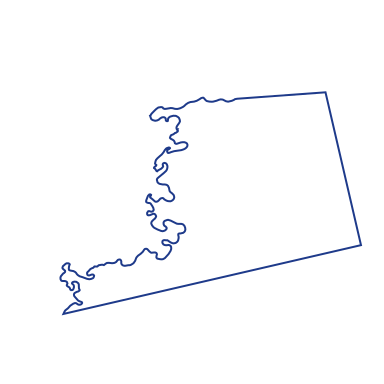 outline of La Pedrera, Amazonas, Colombia, rotated 257°
{"feature_id": "7082276B17674180496874", "entity_name": "La Pedrera", "entity_type": "district", "adm_level": 2, "iso_a3": "COL", "parent_name": "Colombia", "parent_adm1": "Amazonas", "projection": "natural_earth1", "projection_center": [-69.992, -1.195], "detail": "fine", "context": "isolated", "style": "outline", "palette": "blue", "viewbox_px": 384, "rotation_deg": 257, "n_neighbors": 0, "source": "geoboundaries", "source_scale": "gbopen_adm2", "svg_char_len": 6034}
<svg xmlns="http://www.w3.org/2000/svg" viewBox="0 0 384 384"><g transform="rotate(257 192 192)"><path d="M259.1,344.5L272.7,257.0L272.8,254.8L272.3,253.5L271.9,251.3L271.9,247.5L272.8,245.5L275.0,242.9L275.3,242.3L275.8,240.7L275.8,239.1L275.4,236.5L275.3,232.9L275.5,231.6L276.2,229.2L277.3,226.9L278.3,226.0L280.6,224.8L281.3,224.3L281.5,223.3L281.4,222.0L280.7,220.2L279.8,217.1L279.6,214.4L280.0,210.6L279.7,208.3L278.8,205.9L277.5,203.7L276.9,202.2L276.3,199.6L276.2,198.1L276.2,196.4L276.5,195.3L276.9,194.0L278.0,192.0L278.6,190.2L278.9,185.2L279.1,184.1L279.8,182.9L281.1,182.3L281.7,181.0L281.9,178.2L281.0,176.0L279.9,174.1L277.8,170.8L276.9,169.6L275.7,168.7L275.7,168.3L272.6,168.6L271.9,168.9L270.9,169.9L269.7,172.1L269.6,173.5L269.6,174.3L270.0,176.1L270.6,176.9L271.4,179.1L271.4,180.5L271.2,181.3L270.9,182.0L270.0,182.7L269.5,182.9L267.5,182.6L266.8,183.2L266.6,183.7L266.6,184.3L266.8,184.5L268.8,185.2L269.7,186.1L270.3,187.5L270.4,188.2L270.5,190.9L270.0,192.9L269.6,193.7L268.3,195.1L267.2,195.9L266.4,196.1L264.8,196.3L263.4,196.1L262.1,195.0L260.0,192.6L259.1,191.8L258.4,191.4L257.2,191.2L256.7,191.3L256.4,192.2L255.8,191.7L255.4,191.6L254.8,192.0L254.2,191.7L253.5,190.1L253.3,189.5L253.3,188.6L252.9,188.0L252.3,186.3L252.1,184.5L251.1,183.5L249.7,182.7L248.7,183.2L247.2,185.0L246.1,185.9L244.9,186.3L243.4,186.3L242.8,186.9L242.5,187.4L242.4,188.1L242.8,192.3L242.6,194.3L242.3,195.6L241.5,197.0L240.4,198.0L239.1,198.2L238.0,197.9L237.3,197.4L236.4,196.3L235.7,194.7L235.4,193.2L235.2,191.0L235.8,183.8L235.6,180.8L235.3,178.8L235.3,178.1L235.5,177.4L235.9,177.1L237.2,176.9L237.9,177.3L238.4,177.2L238.7,177.6L239.0,179.4L239.6,180.4L239.9,180.4L240.4,179.9L240.6,179.3L240.4,177.3L240.1,176.5L238.9,174.9L237.1,173.2L235.3,170.9L234.4,169.1L232.7,166.0L231.4,164.2L230.2,163.4L228.1,162.4L227.0,162.7L226.4,163.3L226.0,163.2L225.5,162.7L224.8,161.0L224.1,160.4L223.8,160.4L223.3,161.0L222.5,161.4L220.3,162.2L220.0,162.9L220.7,163.7L221.6,167.2L222.7,169.0L223.6,169.7L224.8,169.6L225.6,169.7L226.2,170.2L226.5,170.7L226.5,172.0L225.6,173.2L224.6,173.7L222.8,173.9L221.3,173.5L220.4,173.1L219.4,172.5L218.4,171.5L217.0,169.1L213.8,162.7L213.0,161.3L212.3,160.7L211.6,160.5L209.3,160.6L208.7,160.9L207.8,161.6L207.1,162.5L206.0,165.0L205.5,167.1L204.9,168.5L204.5,169.1L203.4,170.0L201.2,170.5L198.1,170.4L196.7,171.0L195.3,172.2L193.3,173.4L191.9,173.6L190.5,173.4L189.4,172.7L188.6,171.7L188.0,170.3L187.8,169.0L188.2,167.5L188.6,166.4L189.4,165.1L191.1,163.3L192.3,162.7L192.8,161.8L192.8,160.4L192.6,159.6L191.2,157.6L190.6,156.4L190.5,155.4L190.7,154.4L191.2,153.7L193.8,151.9L196.0,150.1L196.4,150.0L196.9,150.1L197.8,151.2L198.4,151.5L198.7,151.3L199.1,150.8L199.2,149.9L198.3,148.4L197.4,147.7L194.1,145.5L192.8,145.1L192.2,145.4L191.6,146.1L191.1,147.1L190.7,148.4L190.0,149.1L187.4,150.1L185.3,150.7L183.4,150.7L182.8,150.4L182.3,149.8L182.0,149.3L181.9,148.6L182.0,147.8L183.0,146.0L183.1,145.4L183.1,145.0L182.5,144.3L181.8,143.6L180.5,143.3L179.5,143.6L179.1,144.2L178.9,145.8L179.5,149.5L179.0,150.6L178.2,151.2L176.6,151.6L176.1,151.5L175.5,151.0L174.5,150.0L173.6,148.2L172.3,146.2L171.3,145.5L170.3,145.2L168.4,145.6L166.5,146.5L165.5,147.3L163.2,150.0L161.0,153.2L160.4,154.6L160.4,155.9L160.7,157.3L161.1,158.0L161.9,159.0L163.0,159.2L164.2,158.6L165.2,157.6L165.8,157.3L167.2,157.1L168.8,157.5L169.6,158.2L170.0,159.0L170.3,161.1L170.3,162.4L168.9,164.8L164.6,170.0L164.0,171.5L163.4,174.3L162.9,175.3L162.3,176.1L160.7,177.0L158.7,177.3L157.0,177.1L155.7,176.5L154.8,175.5L154.2,174.2L154.2,171.5L154.5,170.2L154.2,169.3L153.3,168.9L151.3,168.9L150.1,168.6L147.8,167.5L146.8,166.4L146.0,164.6L146.1,162.5L146.6,161.3L147.8,159.7L150.5,157.2L150.7,156.1L151.3,154.4L151.4,153.5L151.3,153.0L151.0,152.4L149.8,151.8L148.7,151.8L147.3,152.4L146.5,153.4L146.2,154.1L145.9,155.0L145.6,157.5L145.3,158.0L144.3,159.0L143.2,159.3L141.9,159.1L141.1,158.9L139.5,157.9L136.8,155.2L133.8,150.9L133.3,149.5L133.1,148.5L133.2,147.4L133.7,145.8L134.9,143.2L135.8,142.7L136.4,142.6L137.6,143.0L139.1,143.8L139.9,143.8L140.7,143.5L141.4,142.5L141.6,141.6L141.9,139.0L142.2,138.3L143.7,137.1L146.4,135.6L147.0,134.6L147.1,133.7L147.0,133.1L146.6,132.5L144.8,130.6L143.3,128.0L142.1,125.1L140.9,123.4L140.3,122.8L137.7,121.1L135.9,119.1L135.4,118.0L134.7,115.8L134.7,114.8L135.0,113.3L135.1,110.8L135.2,109.9L135.8,108.5L136.5,107.7L137.8,107.1L138.7,107.1L140.3,107.5L141.4,107.4L142.3,106.8L142.6,106.0L142.6,105.2L142.5,104.5L141.9,103.6L140.9,102.4L140.4,100.7L140.4,99.7L140.6,98.1L141.7,95.0L142.0,93.2L141.7,92.1L140.6,89.7L141.3,88.4L141.5,87.1L141.6,84.6L140.8,83.2L140.7,82.7L141.4,80.2L140.4,78.8L140.3,77.8L139.8,75.7L138.1,73.3L137.5,72.2L137.1,71.8L136.6,71.5L135.1,71.4L134.6,71.6L134.2,72.0L133.9,72.7L133.8,73.3L134.1,75.4L134.0,76.5L133.6,77.3L132.6,77.8L131.6,77.4L130.6,76.6L130.3,76.0L130.0,74.2L130.1,72.3L131.0,70.2L133.5,66.4L135.2,63.5L136.8,62.0L138.0,61.3L139.4,60.8L140.4,60.1L141.6,58.7L142.7,56.1L143.2,55.2L143.9,54.6L145.4,54.8L147.0,55.4L148.2,56.0L148.7,56.5L149.1,56.6L150.0,56.0L150.4,55.3L150.7,53.7L150.4,52.6L148.7,49.5L147.3,48.7L146.8,48.7L146.1,49.0L143.9,50.6L143.4,50.6L142.6,50.3L141.9,49.2L141.6,48.2L141.1,47.5L139.4,45.3L138.5,44.7L137.8,44.5L136.7,44.3L136.1,44.4L135.1,44.7L134.7,45.1L134.5,45.6L134.0,47.5L133.8,48.2L133.2,49.2L132.6,49.8L131.0,50.1L129.4,49.0L128.7,49.1L127.8,49.8L126.7,51.0L125.6,51.4L124.3,51.5L123.6,52.1L123.4,53.3L123.6,54.0L124.4,54.8L125.9,55.6L127.2,55.8L127.9,55.7L128.6,55.4L129.6,54.6L129.9,54.5L130.4,54.7L130.8,55.1L131.1,55.9L131.1,56.6L131.1,57.2L130.6,58.9L130.3,59.3L128.6,60.7L127.5,60.9L123.7,60.2L123.0,60.2L122.2,60.5L121.5,60.4L121.2,60.0L120.7,58.9L120.6,57.1L119.9,54.8L119.0,54.0L118.0,53.8L116.9,53.9L111.9,56.6L111.0,57.6L109.6,59.7L109.2,60.0L108.6,60.0L108.1,59.6L107.6,58.9L107.4,58.2L107.4,57.2L107.6,56.4L108.0,55.7L109.7,54.1L109.9,53.7L110.1,52.9L109.9,51.2L108.6,47.8L106.6,45.0L105.2,42.0L104.4,41.1L102.1,39.3L102.2,344.7L259.1,344.5Z" fill="none" stroke="#1e3a8a" stroke-width="2"/></g></svg>